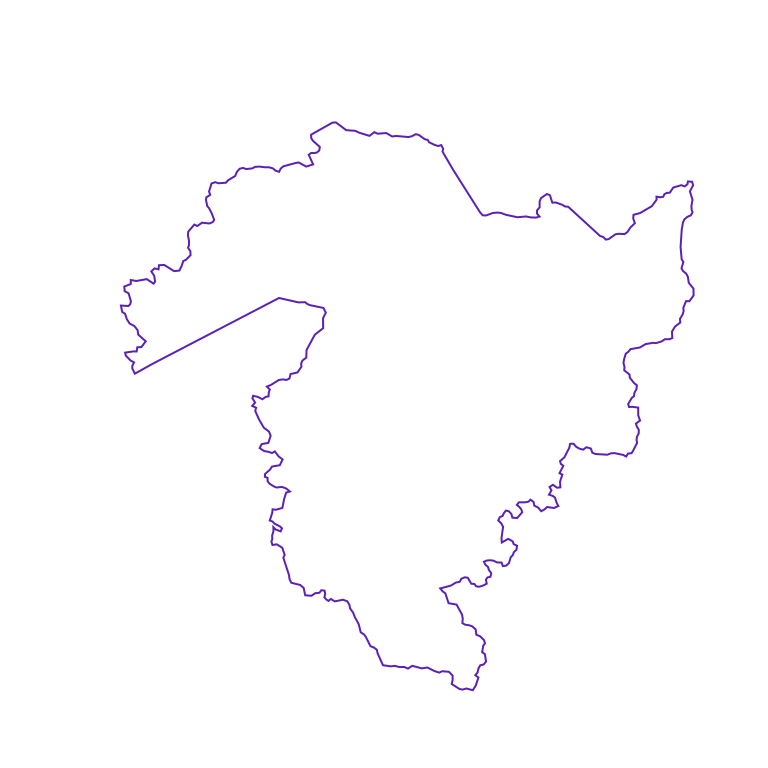 the district of Ecoporanga, Espírito Santo, Brazil, rotated 285°
{"feature_id": "56859067B32250537499863", "entity_name": "Ecoporanga", "entity_type": "district", "adm_level": 2, "iso_a3": "BRA", "parent_name": "Brazil", "parent_adm1": "Espírito Santo", "projection": "robinson", "projection_center": [-40.825, -18.235], "detail": "fine", "context": "isolated", "style": "outline", "palette": "violet", "viewbox_px": 768, "rotation_deg": 285, "n_neighbors": 0, "source": "geoboundaries", "source_scale": "gbopen_adm2", "svg_char_len": 6166}
<svg xmlns="http://www.w3.org/2000/svg" viewBox="0 0 768 768"><g transform="rotate(285 384 384)"><path d="M124.9,551.2L126.3,547.6L129.6,549.0L133.8,548.9L137.2,549.8L138.9,552.9L142.4,554.4L149.1,551.4L150.4,548.2L157.1,547.6L159.6,548.7L162.5,546.9L165.2,542.1L165.7,538.1L170.6,536.1L172.7,532.1L173.0,528.5L172.5,524.7L173.3,521.6L177.7,520.8L181.4,519.1L189.7,511.2L189.0,503.1L197.6,497.5L198.9,494.3L201.1,491.2L206.6,500.8L210.7,504.7L212.5,508.3L215.9,509.1L218.2,512.1L218.5,515.1L213.7,519.9L214.2,523.1L212.5,525.3L212.7,528.2L214.6,531.4L217.7,534.9L221.3,533.1L223.8,533.9L225.4,536.7L228.9,536.6L231.6,533.4L234.2,531.8L235.6,528.8L238.2,526.5L240.2,529.2L241.2,532.0L241.7,535.5L240.9,539.5L242.0,543.8L238.9,545.9L240.1,549.0L243.4,551.1L249.2,551.2L252.4,552.8L255.1,552.9L258.2,554.8L262.2,554.4L262.9,550.7L265.3,549.0L266.6,544.1L261.4,538.8L265.4,537.4L276.9,536.0L279.7,533.3L281.8,529.6L285.3,530.3L287.4,532.8L290.0,533.1L293.3,534.5L293.4,537.5L291.4,540.7L288.1,542.6L289.0,547.3L295.9,550.7L298.5,549.0L300.3,546.5L301.6,543.6L304.6,544.9L306.2,550.8L307.8,554.1L310.2,555.4L308.8,559.0L305.4,560.7L304.5,565.0L301.8,568.8L304.3,571.4L307.4,573.4L308.2,580.2L311.2,584.0L313.9,581.5L318.5,578.6L319.6,575.8L319.8,572.0L324.6,573.3L327.3,570.6L330.4,573.3L328.6,577.9L329.8,581.1L335.3,579.3L342.6,579.7L343.3,576.6L351.4,578.4L352.6,575.5L355.1,574.0L359.8,577.2L370.5,579.5L374.3,579.2L375.4,582.4L373.0,586.1L372.1,589.8L372.1,593.3L375.3,595.9L375.2,600.5L371.6,603.0L371.1,606.4L373.5,618.0L375.8,621.2L376.9,624.6L377.4,633.2L376.6,636.7L380.0,637.7L381.2,641.0L384.0,641.9L392.7,643.7L395.4,642.4L398.4,642.0L402.3,642.8L405.8,641.9L408.6,639.0L411.0,637.6L414.9,640.8L419.5,637.7L427.0,635.6L426.2,629.6L425.2,626.7L427.8,625.0L434.8,627.0L436.8,628.6L440.2,628.2L444.5,629.2L448.2,628.6L449.7,625.2L453.7,619.8L456.7,618.7L459.4,612.5L462.7,611.9L466.5,609.8L470.8,609.5L475.9,609.7L478.4,611.7L481.5,613.1L485.5,621.7L490.2,626.3L493.4,633.1L493.9,636.2L497.1,641.3L500.0,643.7L501.1,648.0L503.0,650.6L509.1,648.6L514.7,650.2L520.1,654.3L523.4,653.0L528.6,654.5L532.1,654.5L535.1,653.4L542.2,654.3L543.0,657.6L549.7,660.1L556.3,658.2L560.6,652.2L566.3,649.7L568.8,647.3L570.7,643.3L572.8,641.4L579.4,641.6L581.4,639.3L593.1,635.0L610.4,631.6L617.2,631.0L620.7,631.5L623.9,633.7L626.3,636.7L629.6,637.6L631.9,636.1L635.4,634.9L641.9,634.3L649.2,629.6L656.0,631.2L659.1,629.2L658.3,625.1L655.5,625.4L652.7,623.3L653.0,619.8L648.7,612.6L642.7,610.5L641.8,607.7L639.9,605.7L637.1,605.3L635.8,602.4L635.5,598.7L632.6,599.6L625.1,596.7L615.4,587.1L612.0,581.2L608.4,581.9L604.2,584.7L599.0,581.5L593.8,579.8L591.1,577.6L589.8,571.7L588.5,568.8L582.2,563.6L580.9,560.9L582.7,557.8L582.9,554.4L602.9,516.0L602.3,513.0L603.2,510.0L603.8,503.0L602.7,499.7L609.3,495.4L609.7,492.2L604.2,487.5L600.6,487.1L594.9,488.6L591.3,486.9L588.2,487.7L586.0,490.9L584.1,487.8L582.9,482.6L582.6,477.9L579.6,469.7L579.0,458.0L579.5,452.5L578.9,449.1L577.4,444.9L573.2,439.0L572.5,435.6L574.8,432.2L608.8,395.3L623.6,380.4L626.4,380.3L629.6,377.5L627.9,374.7L628.0,371.2L629.2,364.9L631.1,363.1L631.0,360.0L633.6,353.2L633.5,350.0L630.6,346.9L628.9,343.8L626.7,331.5L625.2,327.8L627.0,321.3L624.1,313.0L624.8,309.6L619.9,305.7L620.3,295.3L621.1,290.6L619.4,281.8L624.2,269.8L623.1,266.5L606.0,249.1L602.8,250.0L600.8,252.0L596.3,260.7L592.7,261.0L590.3,259.3L589.0,256.9L588.3,253.8L585.9,252.0L577.8,258.7L573.9,252.6L575.9,244.2L574.4,241.1L568.2,230.4L565.4,228.5L561.8,227.7L562.0,223.9L563.5,221.0L563.6,217.0L562.5,212.9L561.8,207.5L560.3,203.1L558.3,201.2L555.9,195.2L556.3,192.0L554.5,188.8L550.7,187.0L546.4,186.4L540.7,180.9L537.5,179.2L535.1,172.3L535.2,168.6L533.0,165.5L524.6,165.2L521.7,167.2L518.4,164.1L515.9,164.3L510.1,167.2L508.6,169.5L504.4,173.3L498.6,177.5L496.1,176.7L493.9,173.9L492.7,166.5L488.3,162.8L488.9,159.5L480.5,155.5L477.2,156.0L472.0,158.5L467.5,159.7L464.9,159.5L462.1,162.6L458.4,163.8L452.8,160.6L450.8,158.3L445.7,158.0L440.6,157.0L438.7,152.0L442.1,141.0L440.5,135.9L436.4,136.5L436.3,132.4L432.5,130.1L429.2,133.9L423.8,136.4L421.3,135.5L423.9,127.7L419.4,118.1L418.9,112.5L415.0,113.5L410.9,107.9L406.5,109.5L405.5,113.8L398.5,118.1L395.7,118.3L393.2,117.0L391.7,109.6L385.8,112.5L384.9,115.6L380.0,118.9L376.6,122.6L375.3,128.0L372.2,132.1L368.1,133.8L363.6,142.8L356.9,140.1L355.6,136.2L351.4,136.7L350.6,133.4L347.3,125.8L344.6,127.3L341.2,132.9L340.2,137.0L336.3,136.2L333.8,136.9L329.5,140.7L343.3,154.9L439.9,260.3L440.7,280.4L442.6,286.6L441.4,289.4L441.0,292.1L441.8,305.8L437.9,309.3L431.7,308.1L422.2,310.8L413.7,304.4L396.7,300.4L389.3,302.1L385.6,299.2L382.5,298.6L379.4,299.8L372.7,297.4L369.5,291.2L364.7,291.2L362.6,288.6L362.3,285.2L360.7,281.4L353.9,275.1L351.2,271.6L349.1,275.1L345.8,274.9L342.2,275.7L340.9,273.0L337.8,270.5L338.9,265.5L338.7,260.6L336.1,260.6L332.7,264.3L328.7,262.4L328.0,266.6L324.6,266.6L317.4,272.5L310.7,279.2L308.3,285.2L304.7,287.9L297.2,287.5L294.3,281.4L289.9,280.5L288.2,285.5L288.6,289.8L288.3,293.7L290.6,296.0L286.7,301.1L284.9,305.6L278.6,304.4L275.3,297.2L271.9,296.1L266.3,292.4L263.5,292.9L263.2,295.8L259.9,296.8L258.1,299.2L256.6,303.9L256.2,306.9L258.2,312.2L257.7,316.8L255.8,320.9L253.8,317.6L246.9,317.3L238.0,317.9L234.6,312.2L234.1,308.8L230.8,309.4L222.6,309.0L222.3,311.9L220.8,314.3L219.5,320.4L218.2,322.8L214.9,322.3L215.4,317.1L217.1,314.2L213.4,315.3L208.5,315.2L205.2,316.3L202.7,316.0L199.6,317.9L201.4,321.9L199.5,328.1L193.2,332.3L190.2,331.7L174.8,341.7L171.0,343.3L168.0,345.9L168.2,355.1L166.2,359.2L159.5,362.6L160.7,368.8L164.1,371.7L165.7,375.7L168.6,376.9L169.0,380.1L165.9,381.6L162.6,381.6L161.0,383.8L160.1,386.5L162.6,388.2L161.3,392.8L165.0,400.2L164.6,404.8L161.4,408.0L158.6,409.2L155.1,413.4L151.2,416.2L145.4,421.8L138.1,425.8L137.0,429.4L134.9,432.0L127.2,438.8L126.9,442.2L125.5,445.8L122.1,447.6L112.1,455.8L113.0,463.6L114.5,467.3L114.6,472.2L115.9,476.8L115.3,480.8L119.1,484.2L119.1,494.2L121.4,499.2L119.8,507.0L119.5,512.0L121.6,514.5L122.8,521.2L120.1,525.7L116.0,526.9L111.7,527.1L108.9,536.0L109.2,539.1L111.2,542.4L111.2,549.0L116.5,550.7L124.9,551.2Z" fill="none" stroke="#5b21b6" stroke-width="2"/></g></svg>